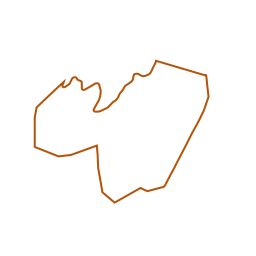 the district of Chatin, Anse-la-Raye, Saint Lucia, rotated 66°
{"feature_id": "8701671B98746614638816", "entity_name": "Chatin", "entity_type": "district", "adm_level": 2, "iso_a3": "LCA", "parent_name": "Saint Lucia", "parent_adm1": "Anse-la-Raye", "projection": "orthographic", "projection_center": [-61.041, 13.919], "detail": "fine", "context": "isolated", "style": "outline", "palette": "amber", "viewbox_px": 256, "rotation_deg": 66, "n_neighbors": 0, "source": "geoboundaries", "source_scale": "gbopen_adm2", "svg_char_len": 2932}
<svg xmlns="http://www.w3.org/2000/svg" viewBox="0 0 256 256"><g transform="rotate(66 128 128)"><path d="M133.7,43.1L132.2,41.7L125.8,39.7L120.8,38.1L114.4,36.0L112.8,35.5L112.7,35.5L110.4,35.1L110.9,35.3L111.7,35.6L78.0,75.1L78.8,75.4L79.6,76.4L79.9,76.8L80.8,77.8L81.5,78.7L82.1,79.4L82.9,80.4L83.8,81.5L84.6,82.3L85.4,83.3L86.1,84.1L86.6,84.9L87.1,85.8L87.4,86.8L87.4,87.2L87.5,87.7L87.5,88.7L87.5,89.3L87.4,90.6L87.2,91.8L87.1,92.5L86.6,93.4L86.0,94.2L85.5,94.5L84.7,95.3L83.6,96.1L83.0,96.5L82.5,97.0L82.1,97.6L81.9,98.1L81.8,98.6L81.7,98.9L81.5,99.6L81.5,100.2L81.6,100.5L81.8,100.9L82.5,101.5L83.1,102.1L84.0,102.6L84.5,103.0L85.1,103.5L85.7,103.9L86.0,104.3L86.5,104.9L86.7,105.4L87.1,106.4L87.2,107.0L87.3,107.8L87.6,108.8L87.9,110.4L88.0,111.6L88.2,112.5L88.4,113.3L88.6,113.9L89.1,114.5L89.4,115.1L89.8,115.5L90.2,116.0L90.7,116.7L91.2,117.4L91.6,118.2L91.9,118.8L92.2,119.3L92.5,120.0L92.7,120.6L93.0,121.1L93.4,121.6L93.9,122.2L94.9,123.4L95.6,124.1L96.2,124.9L96.6,125.6L96.9,126.0L97.2,126.7L97.4,127.3L97.6,127.8L97.8,128.4L97.9,128.9L98.1,129.7L98.1,130.4L98.1,131.0L98.3,131.7L98.8,132.5L98.9,132.9L99.6,134.5L100.2,136.1L100.6,136.8L100.8,137.3L101.0,138.5L101.1,139.1L101.1,139.5L101.2,139.9L101.2,140.6L101.2,141.2L101.2,141.9L101.3,142.5L101.3,143.0L101.3,143.6L101.3,144.3L101.3,144.9L101.3,145.2L101.3,145.6L101.3,146.3L101.2,146.9L101.2,147.6L101.0,148.3L100.8,149.0L100.5,149.7L100.2,150.3L99.9,151.0L99.6,151.4L99.3,151.8L98.8,152.1L98.5,152.2L97.9,152.3L97.3,151.9L96.7,151.3L95.3,149.4L93.8,147.4L92.6,145.8L91.6,144.4L90.3,142.9L89.4,142.0L88.5,141.2L87.5,140.5L86.1,139.5L83.5,138.1L82.8,137.8L82.0,137.5L79.8,137.3L78.8,137.1L76.7,136.7L76.0,136.8L75.5,137.0L74.8,137.6L74.5,138.1L74.3,138.6L74.2,138.9L74.1,139.5L74.1,140.1L74.2,140.7L75.3,150.5L75.4,151.2L75.3,152.0L75.2,152.7L75.1,153.2L74.9,153.5L74.6,153.8L74.2,154.1L73.8,154.2L73.2,154.1L72.5,153.8L71.7,153.5L70.4,152.9L69.0,152.3L68.3,152.1L67.7,151.8L67.1,151.6L66.5,151.7L66.1,151.9L65.7,152.1L65.1,152.8L64.7,153.2L64.2,153.8L63.6,154.2L63.2,154.5L62.6,154.5L62.1,154.6L61.3,154.7L60.7,155.0L60.2,155.5L59.9,156.2L59.7,156.7L59.7,157.4L59.8,158.1L60.0,158.7L60.3,159.2L60.7,159.7L61.2,160.3L61.7,160.9L62.1,161.3L62.5,161.8L63.0,162.3L63.4,162.7L63.8,163.3L64.0,163.7L64.1,164.3L64.2,164.8L64.3,165.5L64.4,166.2L64.5,166.9L64.7,167.5L64.8,168.0L64.9,168.6L64.9,169.2L64.7,169.8L64.6,170.1L64.4,170.4L64.3,170.5L63.9,170.8L63.4,170.9L62.9,170.8L62.5,170.6L62.0,170.1L61.6,169.8L61.2,169.4L60.8,168.9L60.4,168.4L59.7,167.8L64.3,181.4L72.0,203.1L80.6,209.0L107.4,220.9L125.6,203.1L129.4,191.3L131.4,163.6L140.0,166.6L152.4,171.5L176.4,177.5L190.7,170.6L187.9,141.0L193.6,136.0L196.3,119.1L195.2,117.2L194.1,115.8L186.5,106.2L182.7,101.2L182.3,100.9L176.9,94.1L171.4,87.2L171.1,86.9L169.2,84.4L167.2,81.9L159.9,73.0L157.5,69.9L152.7,63.6L149.5,59.5L142.6,51.3L138.1,47.2L133.7,43.1Z" fill="none" stroke="#b45309" stroke-width="2"/></g></svg>